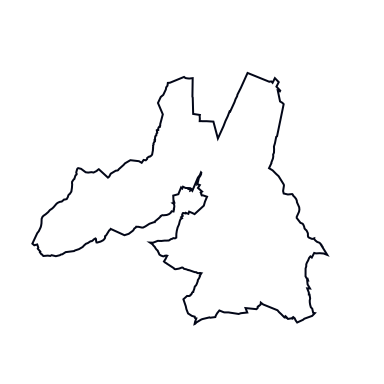 Santiago Miahuatlán, Puebla, Mexico, rotated 192°
{"feature_id": "50627088B95551626553051", "entity_name": "Santiago Miahuatlán", "entity_type": "district", "adm_level": 2, "iso_a3": "MEX", "parent_name": "Mexico", "parent_adm1": "Puebla", "projection": "robinson", "projection_center": [-97.421, 18.55], "detail": "fine", "context": "isolated", "style": "outline", "palette": "ink", "viewbox_px": 384, "rotation_deg": 192, "n_neighbors": 0, "source": "geoboundaries", "source_scale": "gbopen_adm2", "svg_char_len": 6002}
<svg xmlns="http://www.w3.org/2000/svg" viewBox="0 0 384 384"><g transform="rotate(192 192 192)"><path d="M99.0,96.8L83.8,94.1L81.9,92.6L79.2,91.0L75.6,88.6L74.9,89.8L73.9,88.8L73.7,89.3L71.7,87.8L68.8,89.0L67.3,89.0L67.1,89.7L67.5,90.1L67.0,90.7L65.3,89.8L63.9,87.9L62.0,86.2L56.8,90.1L55.8,91.4L48.7,95.8L46.6,99.1L48.4,99.1L50.1,102.8L51.8,104.0L53.0,106.3L53.8,108.4L54.3,110.4L54.3,112.4L55.7,116.1L56.4,116.0L56.8,117.9L59.3,121.7L56.5,122.1L59.7,125.6L60.9,129.3L60.0,129.5L61.0,131.3L61.7,131.2L63.4,133.1L65.0,140.8L64.8,143.0L65.2,145.0L64.9,146.9L64.2,149.1L63.7,151.9L62.8,153.6L61.2,152.8L59.8,157.8L58.0,157.7L54.3,158.7L50.5,159.2L46.6,158.6L54.1,166.4L53.8,166.4L54.4,167.0L54.5,167.3L56.5,168.7L57.1,168.9L59.2,169.2L61.0,170.1L62.7,171.3L62.8,172.1L64.1,171.3L65.0,171.1L68.1,171.7L69.1,172.3L69.6,173.6L69.9,175.2L70.4,176.2L72.0,178.2L73.4,179.0L74.3,179.7L75.2,181.6L76.5,183.4L77.3,184.0L79.5,184.4L84.2,188.4L84.4,189.5L83.2,195.0L83.3,197.2L84.0,199.4L87.2,203.8L87.7,205.3L88.7,206.8L90.3,208.2L92.3,209.5L93.0,210.5L93.6,210.8L97.7,209.5L102.0,209.6L103.1,211.9L103.4,217.4L103.8,218.4L110.6,225.5L113.5,227.2L117.6,229.9L121.6,231.3L120.3,236.8L120.5,237.3L119.8,241.6L119.9,243.6L120.4,245.5L120.0,247.6L120.6,250.9L121.3,253.5L121.0,257.0L121.1,263.4L120.4,264.2L120.6,297.0L122.1,298.0L124.7,298.9L129.2,309.1L127.0,308.7L126.8,309.5L131.3,312.6L130.0,317.5L134.6,320.6L135.9,315.6L137.3,316.6L138.9,316.2L139.3,315.9L162.4,320.0L165.9,303.9L167.8,296.7L167.8,295.0L168.7,291.9L169.1,288.7L171.4,278.5L172.0,278.7L172.8,273.5L174.0,268.5L174.9,262.8L177.8,249.7L185.7,265.3L192.4,264.3L199.2,262.9L199.6,265.5L200.3,267.9L200.3,269.0L207.1,268.6L210.9,284.5L211.4,285.3L215.0,303.5L218.3,302.4L220.1,302.2L222.1,302.1L223.7,302.9L236.3,294.3L238.3,293.7L238.1,290.9L239.0,289.0L238.9,286.9L240.3,281.0L242.3,278.5L243.8,272.0L236.7,261.9L237.2,251.7L236.9,250.3L237.2,249.9L236.9,249.1L237.3,248.8L237.8,248.7L238.1,248.1L238.2,247.0L237.9,245.6L238.9,245.5L239.3,245.1L238.3,242.7L238.7,242.2L238.9,241.4L238.7,239.9L239.1,239.6L239.5,238.8L239.3,236.3L239.0,235.6L239.5,235.0L238.8,234.3L238.8,233.8L239.3,233.4L239.3,233.0L239.8,231.5L239.4,230.3L239.8,229.5L239.3,227.9L239.4,227.3L239.1,226.4L239.2,225.8L239.0,225.5L238.9,224.7L238.8,220.3L239.4,219.1L240.6,217.8L240.9,217.9L241.7,217.4L242.9,216.0L242.8,214.9L243.8,213.4L246.0,213.3L247.3,210.1L250.3,211.1L258.9,210.3L263.5,206.1L264.5,204.3L268.4,199.0L268.8,198.0L269.7,197.4L271.0,197.0L275.3,193.0L276.2,189.8L277.2,188.6L287.9,194.9L288.7,194.1L289.7,192.7L292.3,190.6L294.5,190.5L297.6,189.4L300.1,189.2L305.3,191.6L308.1,191.7L308.7,191.4L309.1,190.5L309.3,187.3L309.2,186.7L308.5,185.6L308.7,184.9L309.3,184.2L309.5,183.4L309.8,180.2L310.3,179.8L311.4,177.1L311.2,175.7L310.8,174.6L310.3,171.0L310.1,167.3L311.2,164.6L312.0,163.8L312.3,162.7L312.4,161.2L313.1,159.0L314.8,158.2L315.5,158.1L317.4,155.6L319.4,154.8L321.2,153.4L322.1,152.3L324.2,148.4L325.3,146.8L327.3,144.7L328.5,142.4L330.5,139.8L332.3,137.9L333.1,136.6L333.5,134.5L332.7,130.0L332.6,127.7L332.7,126.0L333.7,121.8L334.8,119.6L337.4,108.3L335.2,107.1L332.5,108.5L330.8,105.7L331.1,104.5L328.0,102.2L328.3,101.5L328.2,101.4L326.4,99.8L325.9,99.8L324.1,98.5L319.8,99.8L317.3,100.0L316.2,101.0L311.8,100.9L308.1,102.7L307.2,103.6L305.9,104.1L303.1,106.9L295.1,109.7L294.3,110.5L290.7,112.6L287.5,115.5L286.6,117.1L285.0,119.3L283.3,120.4L281.0,122.7L279.8,123.1L278.8,124.2L278.3,125.1L276.8,126.5L276.4,126.3L276.1,125.9L275.6,124.1L274.9,122.8L274.1,122.9L271.1,124.5L269.0,126.2L268.2,127.3L267.6,128.6L267.5,129.4L267.8,129.9L267.8,130.8L267.0,131.6L265.0,137.2L264.1,138.2L263.9,139.0L249.1,135.7L245.2,137.9L241.8,141.8L241.1,143.2L240.9,144.2L239.6,145.6L239.4,146.4L237.3,146.8L233.5,146.8L232.4,147.1L230.4,148.7L227.0,152.1L222.7,154.7L222.1,154.8L222.0,155.7L218.9,159.6L217.4,161.9L217.5,162.1L216.3,163.1L214.7,163.4L211.9,164.3L210.0,165.5L208.6,167.1L207.9,168.9L206.0,169.1L206.0,171.4L206.3,171.5L206.2,173.8L206.7,175.6L207.4,176.7L208.4,177.1L207.0,177.8L207.9,179.4L208.2,179.2L209.6,184.6L204.9,187.0L203.6,194.2L202.3,193.4L201.9,195.3L199.2,194.6L195.7,195.2L196.0,194.2L194.2,194.0L193.5,195.9L193.8,193.1L192.6,193.9L191.9,193.3L189.2,207.3L187.8,210.2L187.3,213.1L186.9,212.8L187.0,212.1L186.8,211.4L187.2,209.6L188.2,207.2L188.4,200.6L188.1,200.8L185.8,200.4L187.0,197.2L182.2,194.5L183.4,193.3L182.4,192.0L182.4,191.5L181.7,190.7L180.6,191.0L176.3,190.5L177.3,185.3L177.6,181.1L184.9,170.9L187.2,171.5L190.7,172.2L191.0,169.9L193.8,170.3L193.9,169.7L195.8,169.7L196.6,169.4L196.9,167.5L196.1,166.7L197.4,165.1L196.3,164.3L197.6,162.9L197.9,160.9L198.0,157.5L198.7,154.3L198.8,150.8L198.6,147.8L197.9,144.1L199.0,143.1L200.7,143.0L201.5,142.2L202.7,141.6L204.6,139.7L208.9,138.7L211.9,137.7L215.3,137.1L219.6,134.3L222.6,133.8L219.6,132.6L219.0,131.9L216.7,130.3L216.2,129.6L214.9,128.4L213.3,127.5L213.1,126.9L211.9,125.6L211.7,125.1L210.8,124.0L209.2,123.4L207.3,123.1L206.2,123.2L205.5,123.9L203.9,124.5L203.0,124.5L203.2,124.0L203.9,121.1L205.0,118.2L203.6,117.4L202.0,116.9L201.5,116.6L193.9,113.7L193.1,113.0L191.9,113.1L188.7,114.4L186.2,116.0L185.7,116.1L185.1,116.0L183.8,115.2L181.4,115.2L179.4,114.8L179.1,115.0L172.8,114.2L170.9,114.4L170.4,114.0L169.3,113.8L167.2,114.5L166.0,114.5L166.5,113.7L166.3,113.1L167.0,112.2L167.0,111.5L166.7,111.2L167.1,109.3L168.0,106.9L167.8,106.1L168.2,103.3L168.6,101.6L169.6,100.1L169.7,97.2L170.0,95.7L170.0,94.5L170.4,94.4L170.9,93.7L171.3,91.9L171.6,91.5L172.0,91.3L172.0,90.7L172.6,90.0L173.3,89.6L175.2,89.3L178.1,85.3L174.3,78.9L173.1,76.2L170.6,72.4L166.4,70.8L163.4,70.6L163.2,69.9L162.7,69.3L161.5,69.3L162.0,65.7L162.0,63.4L161.6,63.7L160.5,65.4L156.3,69.3L155.1,70.0L148.8,73.0L148.1,72.8L143.2,74.5L143.0,76.1L142.2,78.6L140.6,81.8L136.1,81.0L135.2,81.0L131.4,81.8L121.0,82.4L119.0,83.6L112.9,85.6L115.5,89.6L104.6,90.8L103.7,92.1L103.9,93.4L103.2,94.3L103.0,94.2L101.5,96.2L101.7,98.1L99.0,96.8Z" fill="none" stroke="#020617" stroke-width="2"/></g></svg>